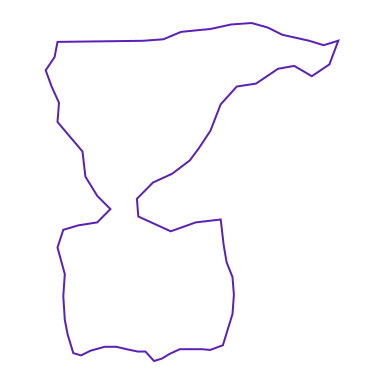 the district of Sichari, Cyprus
{"feature_id": "46923920B30915554603571", "entity_name": "Sichari", "entity_type": "district", "adm_level": 2, "iso_a3": "CYP", "parent_name": "Cyprus", "parent_adm1": "", "projection": "albers", "projection_center": [33.378, 35.263], "detail": "fine", "context": "isolated", "style": "outline", "palette": "violet", "viewbox_px": 384, "rotation_deg": 0, "n_neighbors": 0, "source": "geoboundaries", "source_scale": "gbopen_adm2", "svg_char_len": 913}
<svg xmlns="http://www.w3.org/2000/svg" viewBox="0 0 384 384"><path d="M222.9,345.2L232.5,314.0L233.9,294.8L232.5,277.1L226.6,262.3L223.6,244.6L220.7,219.5L195.7,222.4L170.7,231.3L138.3,216.5L136.9,198.8L153.0,182.5L172.2,173.7L189.8,160.4L198.6,148.6L210.4,130.8L220.7,104.3L236.8,86.5L256.0,83.6L278.0,68.8L294.2,65.9L311.8,76.2L329.4,64.4L338.3,40.7L323.6,45.2L308.9,40.7L282.4,34.8L267.7,27.5L251.5,23.0L231.0,24.5L210.4,29.0L195.7,30.4L181.0,31.9L163.3,39.3L142.8,40.8L57.5,41.9L54.6,57.0L45.7,70.3L51.6,86.5L59.0,102.8L57.5,122.0L82.5,151.5L85.4,176.6L97.2,195.8L110.4,209.1L97.2,222.4L78.1,225.4L63.3,229.8L57.5,247.5L64.8,274.1L63.3,296.3L64.8,319.9L67.7,334.7L73.3,353.1L81.1,355.4L90.5,350.7L104.6,346.8L116.4,346.8L126.6,349.2L137.5,351.5L145.4,351.5L154.0,361.0L161.8,358.6L169.6,353.9L179.8,349.2L190.0,349.2L201.7,349.2L210.3,349.9L222.9,345.2Z" fill="none" stroke="#5b21b6" stroke-width="2"/></svg>